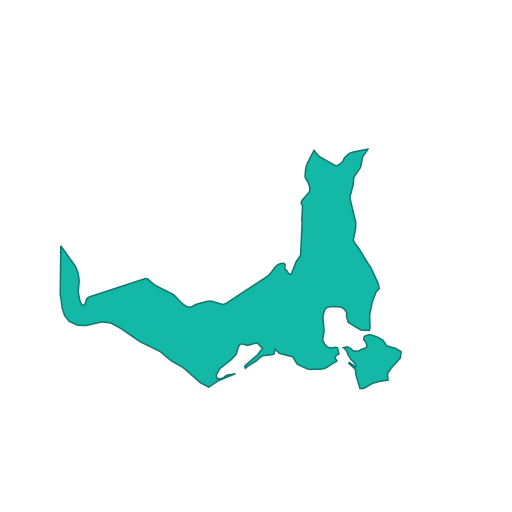 the Governorate of Médenine, rotated 119°
{"feature_id": "TUN-96", "entity_name": "Médenine", "entity_type": "Governorate", "adm_level": 1, "iso_a3": "TUN", "parent_name": "Tunisia", "parent_adm1": "", "projection": "equal_earth", "projection_center": [10.815, 33.079], "detail": "fine", "context": "isolated", "style": "filled", "palette": "teal", "viewbox_px": 512, "rotation_deg": 119, "n_neighbors": 0, "source": "natural_earth", "source_scale": "10m", "svg_char_len": 3447}
<svg xmlns="http://www.w3.org/2000/svg" viewBox="0 0 512 512"><g transform="rotate(119 256 256)"><path d="M397.5,398.1L395.5,400.2L384.2,408.8L341.7,431.7L341.8,431.6L352.3,409.4L355.0,405.8L357.8,402.9L360.8,400.5L364.0,398.3L371.7,395.0L374.2,393.6L380.0,388.8L381.4,387.2L382.5,385.6L382.9,384.7L383.1,383.8L382.8,382.9L382.1,382.4L380.7,382.3L376.1,383.2L374.9,383.2L373.7,382.6L372.2,381.6L329.4,341.9L328.9,341.1L328.7,340.3L328.7,339.4L328.8,338.6L330.3,331.8L330.5,329.2L329.8,310.7L330.0,308.8L330.3,307.3L332.4,301.0L333.3,297.5L333.8,293.8L333.8,292.3L333.7,291.6L333.3,290.1L332.9,289.4L332.5,288.6L331.7,287.7L330.6,286.9L328.6,285.8L326.5,284.2L319.7,277.1L318.4,275.5L317.5,273.8L317.0,272.7L314.8,262.6L314.7,262.1L314.3,261.5L313.9,260.8L313.1,260.1L312.2,259.3L267.5,235.8L263.9,234.9L256.5,233.9L253.6,232.9L252.1,232.0L250.5,230.6L249.9,229.8L249.4,229.0L249.1,228.3L249.0,227.5L249.3,226.8L249.7,226.1L253.0,224.9L253.4,224.2L253.6,223.5L253.7,222.7L253.9,221.9L255.1,219.7L255.5,218.9L255.6,218.2L255.5,217.5L255.0,216.8L253.4,216.5L240.9,218.2L235.3,217.4L233.9,217.5L232.5,218.0L204.1,232.0L202.0,233.6L190.9,238.9L189.4,240.0L188.3,241.6L187.6,242.2L186.5,242.6L184.5,242.6L176.2,240.8L173.2,240.6L172.2,240.9L171.1,241.6L169.1,243.1L168.0,244.2L167.1,245.1L163.8,250.5L163.2,251.2L162.5,251.7L157.0,254.3L153.0,255.6L149.5,256.1L135.5,256.5L137.8,250.6L138.2,249.0L138.4,247.4L138.5,231.2L138.4,230.4L138.2,229.6L137.4,228.8L136.0,227.7L132.9,226.5L131.2,226.1L129.9,226.0L128.5,226.2L127.0,226.1L124.1,225.3L120.7,223.9L117.7,221.1L108.3,210.0L111.3,210.1L115.5,210.7L117.0,210.8L118.5,210.6L125.3,208.2L128.3,207.6L137.2,208.5L140.0,208.4L141.3,208.0L146.1,205.6L158.1,202.7L159.9,201.9L178.5,184.8L183.7,182.2L194.5,178.7L195.4,178.0L196.5,176.7L200.0,168.9L209.0,153.1L209.6,151.4L210.8,149.4L220.9,135.7L224.3,132.8L224.8,132.4L229.5,133.6L240.6,131.8L252.8,127.9L263.1,121.7L266.2,120.8L269.9,128.4L269.4,143.1L264.7,147.7L262.1,148.8L260.1,151.8L259.3,155.4L260.2,158.8L264.0,166.0L266.2,168.7L269.6,169.9L276.5,168.2L288.7,160.0L294.5,158.0L297.3,156.7L299.8,153.4L301.1,149.3L300.0,145.6L297.2,142.0L296.8,140.2L301.6,135.9L303.5,137.4L305.5,137.8L307.3,136.9L308.3,134.5L309.4,134.5L312.0,136.4L318.8,139.9L321.6,141.9L323.8,144.9L329.4,154.5L329.9,156.6L330.7,167.3L326.4,175.0L329.8,188.1L328.4,194.3L333.1,192.7L336.3,196.5L339.5,201.3L343.3,203.6L347.1,204.6L355.4,209.3L359.4,210.9L358.4,212.0L357.9,212.2L357.2,212.4L341.3,206.6L333.5,205.6L331.6,212.4L333.2,215.0L335.8,217.4L338.4,220.4L339.5,225.1L341.0,227.2L344.5,227.2L351.6,225.7L358.5,227.4L372.2,233.1L379.4,233.1L382.0,231.0L381.1,228.1L378.4,225.5L375.5,224.4L373.6,223.0L371.4,219.9L368.9,216.9L383.5,228.6L392.5,233.3L393.6,233.6L393.8,243.3L389.3,263.7L388.9,267.0L388.8,279.1L386.0,293.7L387.2,316.0L384.9,338.7L385.0,350.6L388.4,358.9L399.3,371.0L403.1,378.7L403.7,387.8L400.8,394.6L397.5,398.1ZM310.5,92.0L313.6,94.1L316.9,95.8L319.7,97.7L321.6,100.7L310.9,111.6L308.2,113.1L307.2,114.0L306.5,115.8L304.9,122.8L303.9,122.8L304.4,117.1L304.9,115.3L302.4,116.3L300.3,123.0L297.5,127.9L294.7,131.2L293.8,135.1L291.1,132.1L291.0,128.3L292.0,124.8L289.1,119.9L286.4,118.5L283.8,115.9L281.1,114.9L278.1,118.3L276.7,121.5L273.7,122.3L270.0,119.0L268.9,115.7L268.0,109.8L268.1,104.2L271.2,98.2L269.2,89.4L269.3,82.7L275.3,80.3L288.4,83.4L295.4,83.9L300.6,80.3L305.4,86.7L310.5,92.0Z" fill="#14b8a6" stroke="#0f766e" stroke-width="1.5"/></g></svg>